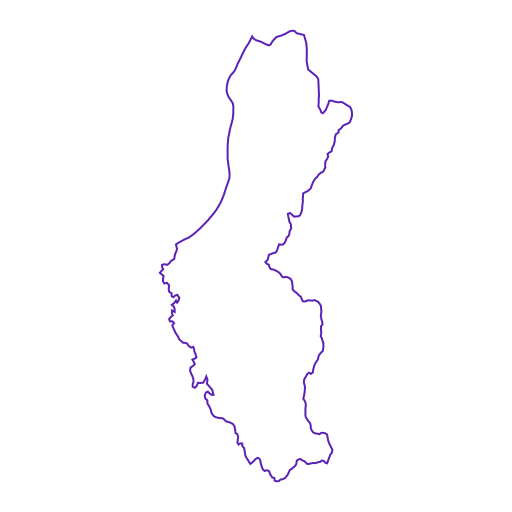 outline of Barra do Ouro, Tocantins, Brazil
{"feature_id": "56859067B69652988679463", "entity_name": "Barra do Ouro", "entity_type": "district", "adm_level": 2, "iso_a3": "BRA", "parent_name": "Brazil", "parent_adm1": "Tocantins", "projection": "equal_earth", "projection_center": [-47.578, -7.712], "detail": "fine", "context": "isolated", "style": "outline", "palette": "violet", "viewbox_px": 512, "rotation_deg": 0, "n_neighbors": 0, "source": "geoboundaries", "source_scale": "gbopen_adm2", "svg_char_len": 5577}
<svg xmlns="http://www.w3.org/2000/svg" viewBox="0 0 512 512"><path d="M347.2,123.9L349.6,122.4L351.1,119.2L352.1,115.0L351.7,110.6L350.2,107.0L346.8,105.1L343.5,102.9L341.4,102.0L338.0,102.3L334.5,101.6L331.4,100.6L329.2,100.8L328.3,103.9L325.8,109.9L323.0,113.2L321.3,112.5L320.5,110.1L318.4,106.4L318.7,102.6L318.7,99.1L319.0,95.7L318.3,79.3L316.6,76.5L308.1,69.4L306.7,61.4L306.8,48.4L306.2,42.8L304.0,35.0L296.6,33.2L294.4,30.9L292.1,30.7L289.1,31.6L286.2,33.4L281.9,35.4L276.4,37.0L272.6,41.1L270.5,44.6L268.7,45.4L265.8,44.2L260.6,41.6L256.3,40.3L253.5,38.6L252.2,36.4L250.7,39.2L249.6,41.6L248.3,43.9L246.7,46.1L245.2,48.6L243.6,51.7L242.3,54.3L241.1,57.0L239.2,60.7L237.7,63.7L236.2,67.3L234.7,70.6L232.9,73.0L230.9,75.0L229.1,78.2L228.0,81.0L227.4,83.2L226.8,86.6L226.6,90.6L227.3,93.8L228.5,96.8L229.9,98.9L231.2,100.7L232.8,103.4L233.4,106.7L233.3,109.9L233.3,113.3L233.0,116.6L232.5,119.8L231.8,122.6L231.1,124.9L230.5,127.2L229.8,130.0L229.1,133.9L228.3,137.5L228.0,141.2L227.7,144.6L227.6,147.6L227.6,150.1L227.6,153.4L227.6,156.4L227.6,159.0L228.0,161.6L228.3,164.0L228.7,167.1L229.2,170.0L229.5,172.6L229.6,175.0L229.4,178.1L228.5,181.0L227.4,184.1L226.1,187.8L225.0,191.2L224.1,194.1L223.2,196.6L222.2,198.9L221.2,201.4L220.0,203.6L218.6,206.1L217.5,207.9L216.3,209.9L214.7,212.1L213.3,213.9L211.5,216.0L209.7,218.1L208.2,220.1L206.6,221.7L204.9,223.5L202.9,225.5L200.5,228.0L198.4,229.9L196.2,231.9L194.1,233.7L191.7,235.5L189.2,237.3L187.1,238.3L185.3,239.1L182.9,240.3L180.2,241.8L177.9,243.1L175.9,244.5L177.0,248.6L176.4,251.3L175.4,253.2L174.7,255.8L174.2,259.0L170.9,261.0L169.5,263.1L167.2,264.9L164.3,264.2L162.1,264.8L162.1,267.2L163.2,269.2L161.5,271.0L159.9,272.8L161.8,274.5L163.6,275.9L163.0,278.8L163.0,281.3L164.3,283.5L166.9,282.8L169.1,285.3L168.7,288.9L169.2,291.8L171.5,293.2L171.7,296.2L173.4,297.2L175.2,295.5L177.2,294.8L179.3,297.7L178.6,300.6L177.1,302.6L176.0,300.5L174.3,302.9L171.8,304.9L173.5,306.2L174.6,308.4L174.7,311.9L172.0,310.5L171.9,312.8L172.8,315.4L171.2,316.6L169.1,319.0L170.0,321.4L172.3,321.3L174.1,323.1L172.3,325.3L173.2,327.7L174.5,330.6L176.0,333.6L178.0,336.5L179.3,339.4L181.0,340.9L182.9,342.7L185.3,342.9L187.2,343.6L188.7,346.0L191.3,347.6L193.3,346.9L194.1,349.2L194.4,351.7L195.5,353.9L196.4,357.5L194.5,358.7L192.4,359.6L193.6,361.6L194.8,364.0L193.2,365.8L190.7,367.4L190.0,370.3L191.1,373.5L192.4,376.1L193.3,378.9L193.6,381.8L192.7,383.9L192.7,386.8L194.9,387.8L196.8,385.7L197.9,382.8L200.3,383.0L203.2,382.7L205.0,379.8L206.3,376.5L207.5,379.9L206.9,383.7L208.7,385.8L210.5,387.8L212.4,390.1L212.9,392.6L213.5,394.8L211.8,394.9L209.7,393.5L207.8,391.6L206.0,392.5L204.7,395.3L205.3,398.5L207.3,400.3L207.5,403.8L209.1,406.1L210.7,409.6L211.7,413.4L214.0,416.3L216.6,417.5L219.5,418.0L222.4,418.2L224.5,419.7L226.4,421.6L228.3,421.9L230.7,422.8L233.0,424.1L234.4,426.1L235.2,430.0L235.4,432.8L237.2,434.0L238.2,437.2L237.7,440.1L237.4,442.6L238.5,444.5L240.3,443.4L242.3,443.5L242.3,445.9L244.2,448.3L244.8,452.2L245.4,455.6L246.6,458.0L247.9,459.9L248.9,461.8L250.4,463.9L253.0,461.8L255.4,459.2L257.5,457.8L259.4,458.7L260.5,461.3L260.8,463.7L261.7,466.3L262.8,469.4L264.7,471.0L266.7,470.2L269.1,471.2L270.0,474.0L271.1,475.7L272.3,477.5L274.4,478.0L274.7,480.7L276.6,481.3L278.8,481.1L280.5,479.5L282.6,479.3L285.0,478.1L287.4,475.2L289.0,471.9L289.9,469.9L291.6,469.0L293.4,467.3L294.9,466.2L296.3,464.0L296.8,460.6L298.5,459.4L300.5,459.0L302.3,460.4L304.3,461.1L305.8,462.6L307.4,464.0L309.4,463.9L311.2,463.3L313.3,463.0L315.8,463.1L318.2,462.1L320.2,461.8L321.9,460.5L323.8,461.0L325.3,462.7L327.1,463.3L330.3,454.6L332.0,452.5L332.3,449.3L330.5,446.1L329.2,443.4L328.2,440.6L327.5,437.2L327.1,434.5L325.0,433.2L322.9,432.8L321.1,432.9L319.4,434.2L317.4,433.7L315.3,433.4L313.3,432.5L311.8,430.5L310.8,428.4L310.7,425.4L310.0,422.9L308.3,421.1L307.2,419.4L305.8,417.2L305.3,414.8L305.5,412.5L305.4,408.9L305.8,405.5L305.6,402.9L304.7,400.8L303.3,398.8L304.1,395.4L304.6,392.2L304.9,389.2L304.9,386.3L303.8,382.2L304.3,379.1L305.7,376.9L307.3,373.9L309.2,372.7L311.0,373.9L312.8,372.4L313.4,368.8L314.3,365.6L315.7,362.6L317.8,359.6L318.8,355.5L320.8,352.9L322.8,350.9L323.4,347.4L323.4,343.3L322.6,340.9L321.9,338.4L320.7,336.2L321.3,332.8L321.0,329.6L321.0,326.3L322.5,324.4L322.2,322.1L321.3,318.8L320.8,315.2L321.4,311.8L321.1,308.2L320.9,305.8L319.7,303.9L318.1,301.8L316.0,300.8L314.4,300.1L312.6,300.6L310.1,300.5L307.8,300.3L305.2,301.5L302.8,301.3L301.6,298.7L300.6,296.5L298.8,295.3L296.8,293.0L294.8,291.7L292.7,289.6L292.6,286.7L292.3,283.9L291.9,281.0L290.4,278.7L288.0,277.4L286.0,276.9L283.9,277.4L282.2,276.9L280.4,273.9L278.3,272.0L276.2,270.8L273.6,269.6L270.7,269.1L269.4,267.0L268.8,264.6L266.9,263.9L265.4,262.0L267.6,259.9L268.3,257.3L268.9,254.8L270.8,254.1L273.1,253.2L275.9,252.4L277.1,250.2L278.1,247.0L279.2,244.3L281.1,244.7L283.1,244.5L284.8,242.6L286.0,239.9L286.7,237.5L288.4,236.3L289.4,233.7L289.6,231.2L291.2,228.5L290.8,224.2L289.3,221.3L288.7,218.3L287.8,213.9L290.0,213.0L291.9,214.6L294.2,216.7L296.0,216.4L298.0,216.4L300.0,215.4L301.0,213.1L301.9,210.4L302.2,207.8L302.4,204.8L302.9,201.7L302.7,199.1L303.0,196.8L303.1,193.5L305.5,192.1L307.5,191.2L309.1,189.9L310.7,188.5L311.8,185.3L313.2,181.9L314.9,179.0L317.1,177.0L318.6,174.7L320.8,172.8L323.2,171.7L324.1,169.8L325.3,167.5L325.1,164.6L325.4,161.5L327.2,158.8L328.2,156.3L327.5,154.1L329.2,152.6L331.6,151.2L332.2,147.9L333.7,145.2L334.7,141.4L334.9,137.8L335.8,134.4L338.5,132.5L338.6,130.2L340.8,128.6L343.0,125.8L344.8,124.7L347.2,123.9Z" fill="none" stroke="#5b21b6" stroke-width="2"/></svg>